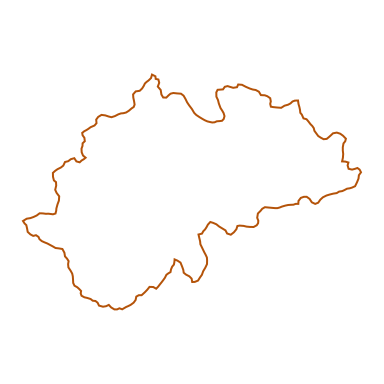 Caldas, Minas Gerais, Brazil
{"feature_id": "56859067B22702715825504", "entity_name": "Caldas", "entity_type": "district", "adm_level": 2, "iso_a3": "BRA", "parent_name": "Brazil", "parent_adm1": "Minas Gerais", "projection": "mercator", "projection_center": [-46.356, -21.898], "detail": "fine", "context": "isolated", "style": "outline", "palette": "amber", "viewbox_px": 384, "rotation_deg": 0, "n_neighbors": 0, "source": "geoboundaries", "source_scale": "gbopen_adm2", "svg_char_len": 4256}
<svg xmlns="http://www.w3.org/2000/svg" viewBox="0 0 384 384"><path d="M122.2,309.3L126.1,307.0L128.2,306.1L130.6,304.9L133.6,302.7L135.6,300.0L136.3,296.6L138.8,295.2L141.6,295.2L144.7,292.4L147.3,289.7L149.5,286.9L153.2,287.0L156.2,288.7L158.2,286.6L159.8,284.5L161.5,282.4L163.1,280.3L164.9,277.8L166.4,274.8L168.4,273.3L170.5,272.1L171.0,269.4L172.2,266.6L173.9,264.6L174.4,261.9L174.6,259.4L177.4,260.6L180.5,262.6L182.2,266.8L183.3,269.9L183.7,272.7L186.0,274.6L189.3,276.3L191.6,278.6L192.2,282.0L194.8,281.9L198.0,280.6L200.1,277.3L201.9,274.8L203.2,271.2L205.3,267.7L207.0,264.1L207.1,260.3L206.9,257.5L205.7,254.9L204.3,252.3L202.9,249.4L201.5,246.5L200.4,244.3L200.1,241.3L199.3,238.0L198.5,234.5L202.0,233.6L203.3,231.2L205.0,229.5L206.4,227.4L207.9,224.6L210.3,222.0L213.2,222.9L216.4,224.3L219.1,226.5L221.9,228.2L225.5,230.4L227.1,233.5L230.8,234.7L233.9,232.3L236.4,229.2L237.4,226.0L239.7,225.6L243.6,225.9L246.5,226.6L249.6,226.9L253.6,227.0L256.7,225.3L258.1,223.2L258.3,220.7L257.2,217.8L257.9,213.5L260.6,210.8L262.2,208.8L264.9,207.2L269.2,207.6L274.8,208.1L277.5,208.1L279.7,207.5L281.9,206.6L285.3,205.6L288.1,205.0L290.9,204.8L293.4,204.7L295.6,203.9L298.3,203.9L298.5,200.9L300.8,197.9L303.9,196.8L306.7,196.8L309.6,198.9L311.8,202.3L315.2,203.9L318.2,202.7L320.3,199.7L322.9,197.3L326.5,195.5L329.8,194.5L333.4,193.6L336.7,193.1L339.1,191.6L342.2,191.1L344.4,190.1L347.0,188.7L349.7,188.3L352.0,187.6L355.1,186.2L357.0,182.3L358.5,178.6L358.9,175.2L361.0,172.3L359.6,169.6L357.4,168.0L355.1,168.8L352.1,169.6L348.6,168.8L347.6,165.4L348.4,162.5L345.4,161.6L342.1,161.4L342.9,157.8L343.2,154.0L342.8,150.5L342.8,147.2L343.5,143.4L345.2,141.3L345.9,138.7L343.0,135.7L340.2,133.7L336.8,132.6L333.0,133.3L330.9,135.3L329.0,137.0L326.7,138.9L323.6,139.2L320.8,137.7L318.2,136.0L316.0,133.0L314.4,130.8L313.8,128.2L312.3,126.0L310.5,124.2L308.3,121.3L306.5,119.2L303.5,118.4L301.8,114.6L300.3,112.8L300.0,109.9L299.4,107.1L298.5,104.0L298.0,100.5L294.9,100.6L292.5,101.5L290.5,103.4L288.1,104.7L284.5,105.7L281.2,107.8L277.0,107.5L273.2,107.1L270.9,106.7L270.2,103.9L270.8,101.4L270.2,98.2L267.3,96.2L264.8,95.3L260.9,95.1L258.9,91.7L255.7,90.0L252.7,89.5L249.7,88.5L245.8,86.8L242.0,84.8L238.2,84.5L237.0,87.2L233.2,87.8L230.1,86.9L227.6,86.1L224.8,86.8L223.0,89.4L220.4,89.6L217.6,89.8L216.3,92.4L216.4,96.7L218.0,100.1L218.8,103.4L220.5,108.0L222.3,110.8L223.6,113.1L224.5,116.1L223.7,119.0L222.0,120.8L219.5,121.1L216.8,121.3L214.6,122.3L212.3,122.5L209.9,122.0L207.4,121.4L204.9,120.3L202.4,118.9L199.3,117.0L196.3,115.0L194.2,112.9L191.9,109.0L189.1,105.3L187.1,102.3L185.5,99.0L183.6,95.7L181.0,93.7L177.0,93.4L173.3,93.0L170.5,93.7L168.6,95.3L166.3,97.6L163.2,97.5L161.4,94.5L160.7,90.0L157.8,86.6L159.2,82.8L158.4,79.5L155.7,78.9L155.4,76.3L152.0,74.6L151.0,78.1L148.5,80.5L146.6,81.9L144.9,83.5L143.7,86.0L142.1,88.5L139.7,90.8L135.7,91.4L133.1,94.4L133.3,97.6L134.1,101.4L134.6,104.6L133.7,107.0L131.6,108.4L128.8,110.8L126.1,112.5L123.4,113.2L121.0,113.4L118.4,114.3L114.9,116.1L111.5,117.2L108.6,116.5L105.3,115.4L101.5,114.9L98.2,116.9L96.2,119.6L96.5,123.2L94.5,125.5L90.6,127.2L88.3,128.9L86.4,130.1L84.3,131.2L82.2,132.9L82.6,135.3L84.4,137.8L84.8,141.2L82.6,143.3L82.5,145.9L81.5,148.7L81.7,152.3L83.0,155.5L85.6,157.7L83.8,159.2L81.6,160.5L79.7,162.3L76.4,161.4L74.3,158.2L70.8,159.2L68.2,161.2L65.0,162.0L63.3,165.6L60.9,167.5L57.5,169.2L55.2,170.8L52.9,172.9L53.0,176.8L53.9,180.4L56.0,182.1L56.2,185.6L55.2,189.8L56.6,192.9L59.2,196.3L58.9,200.6L57.5,204.4L56.4,208.4L56.2,210.8L55.5,213.5L53.0,214.3L50.8,214.0L48.4,213.7L45.9,213.8L42.8,213.4L39.6,213.3L36.7,215.5L33.5,217.0L30.4,218.1L26.7,218.7L23.0,221.0L24.6,223.5L26.3,225.1L27.1,228.6L27.7,231.9L30.4,234.4L33.2,235.9L36.0,235.2L38.5,236.9L39.5,239.2L41.8,241.1L44.4,242.3L47.4,243.5L49.8,244.8L52.8,246.4L55.5,248.0L58.9,248.4L62.4,249.0L64.4,252.7L65.0,256.4L67.0,258.6L68.6,261.1L68.1,264.1L68.4,267.4L70.6,270.7L72.2,273.6L72.8,276.3L73.0,279.1L73.2,283.0L74.5,285.7L77.2,287.2L79.1,288.9L81.1,291.0L80.7,293.3L81.5,295.7L84.4,297.3L87.1,297.9L90.6,299.0L92.7,300.7L95.5,301.0L97.6,302.7L99.0,305.6L103.0,306.7L106.1,306.2L108.8,304.9L111.1,307.4L114.4,309.4L117.1,309.4L119.4,308.3L122.2,309.3Z" fill="none" stroke="#b45309" stroke-width="2"/></svg>